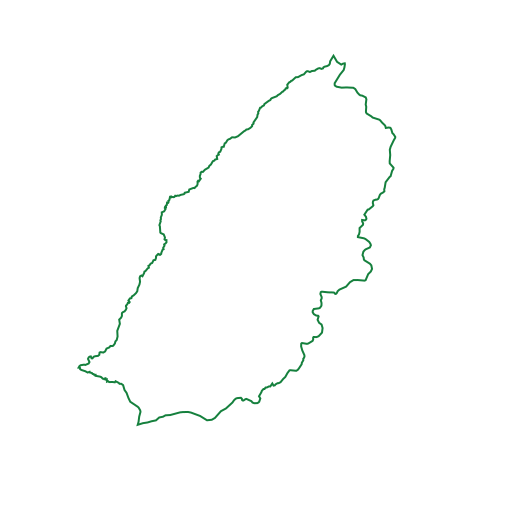 Alto Parnaíba, Maranhão, Brazil (Natural Earth projection), rotated 219°
{"feature_id": "56859067B51546215528696", "entity_name": "Alto Parnaíba", "entity_type": "district", "adm_level": 2, "iso_a3": "BRA", "parent_name": "Brazil", "parent_adm1": "Maranhão", "projection": "natural_earth1", "projection_center": [-46.179, -9.51], "detail": "fine", "context": "isolated", "style": "outline", "palette": "green", "viewbox_px": 512, "rotation_deg": 219, "n_neighbors": 0, "source": "geoboundaries", "source_scale": "gbopen_adm2", "svg_char_len": 6080}
<svg xmlns="http://www.w3.org/2000/svg" viewBox="0 0 512 512"><g transform="rotate(219 256 256)"><path d="M197.7,363.0L196.6,368.1L196.7,369.3L198.6,370.7L199.4,372.0L199.6,373.1L198.4,375.2L197.6,375.8L197.0,377.1L197.1,378.2L198.2,381.5L198.2,383.0L197.3,385.1L196.9,387.0L198.4,388.6L198.9,390.0L201.7,394.9L201.9,401.5L201.6,402.7L203.8,407.8L204.1,410.3L204.7,411.2L210.3,412.1L211.8,413.8L215.2,418.9L218.9,422.8L220.1,425.6L221.8,432.7L222.2,435.4L222.7,436.2L225.7,437.2L227.3,437.3L230.5,439.5L232.2,440.2L233.7,439.4L235.7,437.2L237.3,438.4L238.3,438.7L241.9,439.0L245.0,439.6L246.1,439.5L252.5,437.0L254.3,437.1L259.6,436.4L260.8,436.8L261.6,437.6L264.2,441.3L266.1,442.8L268.8,447.2L270.5,448.3L274.3,447.5L276.1,446.5L277.2,446.4L280.0,446.8L283.9,448.2L286.2,448.0L291.7,444.0L295.4,440.7L299.9,438.3L301.8,438.1L302.5,438.4L303.6,439.8L304.9,449.8L304.9,455.7L306.0,458.3L307.6,461.0L308.3,461.6L309.5,460.1L310.2,458.4L315.2,457.9L321.8,460.4L320.9,454.0L319.6,451.8L319.5,450.1L320.3,448.3L321.9,446.2L322.3,445.0L322.0,444.0L322.9,442.6L324.7,442.1L325.7,440.9L326.7,438.3L326.9,437.0L329.0,434.9L329.9,432.9L331.6,432.4L332.6,431.8L333.0,430.7L333.1,427.3L334.4,425.3L335.9,421.5L337.6,419.9L338.3,415.1L338.9,414.2L338.9,413.0L339.5,411.9L339.5,408.8L337.3,406.7L337.4,405.9L338.1,405.6L338.4,404.8L338.0,403.9L338.5,402.0L338.4,401.0L338.9,400.2L339.3,397.2L340.3,394.6L340.4,393.2L343.0,388.7L343.3,387.6L343.0,386.2L343.7,384.7L345.1,379.4L344.6,378.0L345.4,376.2L345.5,374.5L346.1,373.8L345.1,370.6L345.1,369.4L343.9,368.2L343.8,366.9L342.5,364.7L342.0,358.2L341.2,357.3L341.5,355.4L340.7,354.4L341.0,352.1L341.9,349.5L343.1,348.2L343.2,346.9L343.8,345.5L345.4,337.7L346.9,334.9L349.3,333.2L350.0,330.5L350.8,329.3L351.1,327.9L350.7,325.1L351.2,323.8L349.8,320.6L350.8,319.7L351.2,318.7L350.3,317.6L349.4,314.5L350.1,313.1L349.8,312.0L348.7,311.4L349.2,310.3L349.4,308.9L347.2,307.0L348.5,305.2L348.4,303.9L349.2,302.5L348.6,298.7L349.0,296.7L348.5,294.9L350.0,290.9L350.2,287.9L351.3,287.2L351.5,285.9L350.7,284.9L350.0,282.8L348.7,281.4L347.6,281.3L347.4,278.1L348.3,278.1L348.3,277.1L346.7,275.2L346.3,274.2L346.1,273.3L346.5,271.6L346.5,270.1L347.5,269.5L349.7,265.7L348.7,263.5L351.2,260.3L350.8,259.4L351.0,258.6L353.0,256.1L353.8,254.4L355.1,253.5L355.8,252.3L356.7,252.0L356.6,250.6L357.0,249.9L357.9,249.5L358.7,248.4L359.5,248.8L360.1,248.0L358.6,245.0L358.8,243.6L358.0,243.1L357.7,242.1L358.7,241.5L357.4,239.5L357.8,238.4L356.7,237.3L357.5,236.7L357.1,235.9L355.9,235.6L355.5,232.9L356.7,230.6L355.1,228.8L354.2,226.0L353.1,224.9L352.8,223.6L351.9,223.0L350.5,219.2L349.4,218.6L345.1,214.0L344.4,213.9L341.3,214.7L338.4,213.1L337.6,211.4L336.6,211.3L335.6,212.0L334.2,210.3L334.2,208.9L334.7,207.2L333.6,206.4L333.3,204.0L332.1,203.1L332.6,202.3L331.6,198.9L331.0,198.0L331.2,196.6L331.9,196.1L332.6,196.4L333.3,196.1L333.5,193.8L333.5,192.8L332.5,191.6L331.8,189.6L333.0,188.2L332.3,185.3L333.1,183.7L332.9,181.8L333.4,180.7L331.9,179.5L332.4,178.2L332.4,174.8L332.9,173.7L332.2,172.3L331.5,168.8L332.8,168.7L333.3,167.3L332.6,165.6L329.9,163.0L328.6,160.4L327.7,156.6L326.1,153.9L325.9,151.6L326.3,148.5L327.0,146.4L326.3,144.8L327.3,143.7L327.1,141.1L325.2,140.7L325.1,139.7L326.1,138.9L325.6,137.3L325.8,135.7L325.4,135.0L323.8,134.0L323.3,132.2L323.3,130.2L324.0,128.8L324.3,127.6L323.9,126.7L322.5,125.1L322.0,123.2L322.3,120.5L319.1,117.6L316.7,110.5L312.9,106.3L311.4,103.1L311.5,101.1L310.6,99.2L310.5,96.4L311.1,95.5L312.5,94.5L312.5,92.6L313.9,90.0L313.2,86.9L313.9,84.9L316.4,83.4L316.8,82.5L315.6,80.6L315.9,79.0L317.9,76.9L318.7,75.6L318.7,73.5L319.4,73.0L321.2,74.0L322.0,73.0L322.2,71.9L321.8,70.3L318.7,68.8L318.4,67.1L320.1,63.9L321.2,63.4L323.5,60.8L323.9,59.5L323.6,57.6L322.5,58.3L321.5,57.4L320.1,57.5L316.2,59.0L313.5,59.5L312.4,61.3L311.8,60.9L309.9,61.8L308.8,61.5L307.8,62.1L306.9,61.8L305.9,62.7L305.3,61.9L301.3,64.1L299.9,64.5L297.9,64.2L297.1,64.7L296.5,64.7L296.5,65.6L296.0,66.3L295.2,65.7L294.4,66.3L293.9,65.3L293.2,65.5L292.7,64.7L292.2,65.6L290.8,65.6L288.2,67.8L286.2,69.0L286.3,70.3L282.9,71.0L281.6,70.8L280.3,71.9L278.0,72.0L273.8,69.1L270.5,68.2L265.8,65.4L262.0,63.6L253.0,64.4L251.8,64.3L248.9,63.2L247.7,62.2L245.7,57.7L242.9,53.2L241.7,50.4L238.6,55.0L235.5,58.4L233.2,61.8L230.3,65.3L229.6,69.6L227.1,72.6L226.1,75.2L222.6,78.4L216.6,86.7L214.7,88.6L210.7,92.0L208.0,93.4L198.8,96.5L190.7,97.5L187.3,100.9L186.0,104.3L185.6,113.3L183.4,118.6L182.1,127.3L182.3,130.0L182.0,132.3L181.2,133.7L178.5,136.3L177.2,136.2L176.4,135.4L175.5,135.3L174.8,135.8L174.1,138.1L173.5,138.9L168.2,140.3L166.5,139.9L164.7,140.5L162.4,142.5L161.9,143.7L161.8,144.8L163.0,148.0L165.4,148.9L166.1,153.5L166.6,154.8L166.5,157.3L165.7,158.0L165.8,159.8L164.9,160.5L163.8,162.9L162.8,163.6L163.1,167.2L160.8,166.3L160.0,167.3L160.0,168.6L159.2,170.7L158.4,171.4L157.5,173.4L157.5,177.6L157.1,180.4L157.9,184.9L158.0,188.2L157.4,188.9L152.5,192.1L151.9,193.7L151.9,195.6L152.4,200.6L153.2,201.9L153.6,204.7L154.6,205.9L154.6,206.9L155.0,208.3L156.0,209.4L160.7,211.8L164.1,214.2L165.7,216.4L165.5,217.3L161.1,219.8L160.3,220.9L158.6,225.6L159.0,227.1L160.2,228.5L160.3,229.3L158.0,231.0L157.2,232.3L156.8,233.4L156.5,238.0L158.9,241.9L161.9,244.0L164.9,243.8L168.0,245.2L169.3,248.4L170.0,248.7L171.8,247.6L174.4,247.2L176.5,247.9L177.3,248.9L177.7,251.2L174.2,254.9L173.7,255.9L173.8,258.1L174.1,258.9L175.5,260.7L177.8,262.4L178.2,264.2L179.1,265.4L182.1,267.0L182.9,268.7L182.4,269.7L177.0,273.2L173.0,276.3L172.1,276.7L170.5,276.4L170.0,277.0L169.9,278.0L170.4,280.0L170.0,282.4L166.7,288.9L166.5,294.8L165.1,298.6L162.0,301.2L156.1,305.2L155.6,306.2L157.4,312.5L157.0,316.2L157.7,319.0L160.5,321.3L162.6,321.7L169.1,320.9L170.1,321.3L171.4,322.6L173.8,323.7L175.3,327.0L175.2,329.2L175.0,330.1L172.9,334.3L173.5,336.7L174.8,337.5L176.9,338.2L181.6,338.1L183.2,337.7L188.7,334.8L189.4,335.7L189.5,337.5L190.7,340.0L193.1,342.9L192.5,347.6L193.3,348.8L195.3,349.7L196.2,350.8L193.8,352.2L193.4,353.5L193.6,354.4L195.2,355.7L197.8,356.3L198.4,362.3L197.7,363.0Z" fill="none" stroke="#15803d" stroke-width="2"/></g></svg>